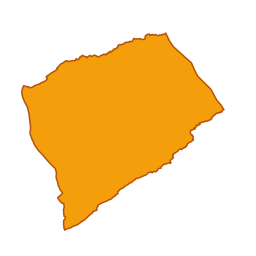 Maravia, Tete, Mozambique (Equal Earth projection), rotated 79°
{"feature_id": "85939544B82621359487865", "entity_name": "Maravia", "entity_type": "district", "adm_level": 2, "iso_a3": "MOZ", "parent_name": "Mozambique", "parent_adm1": "Tete", "projection": "equal_earth", "projection_center": [32.061, -15.024], "detail": "fine", "context": "isolated", "style": "filled", "palette": "amber", "viewbox_px": 256, "rotation_deg": 79, "n_neighbors": 0, "source": "geoboundaries", "source_scale": "gbopen_adm2", "svg_char_len": 5759}
<svg xmlns="http://www.w3.org/2000/svg" viewBox="0 0 256 256"><g transform="rotate(79 128 128)"><path d="M216.2,209.3L215.5,208.4L215.4,208.0L215.5,207.6L215.1,205.3L215.1,203.2L214.7,202.3L214.4,202.0L214.1,200.2L213.9,199.9L213.7,199.0L213.6,197.2L213.0,195.2L212.3,194.2L211.9,192.9L211.3,192.1L211.0,191.3L210.1,188.4L209.2,187.2L208.0,185.2L207.7,184.9L207.6,184.5L206.8,183.6L206.7,183.0L206.1,182.5L205.8,181.5L204.7,179.3L204.1,178.7L203.7,178.5L203.4,178.2L203.1,176.3L202.7,175.5L202.8,174.5L202.1,174.4L201.7,174.0L200.8,174.0L200.3,173.9L199.7,173.5L199.4,172.7L199.2,172.4L197.6,171.7L197.2,169.7L196.8,168.8L195.8,163.7L195.3,161.8L195.2,161.0L194.7,159.9L194.7,158.9L194.4,157.9L194.1,157.3L193.1,156.0L192.8,155.4L192.6,154.5L192.1,153.4L191.2,152.3L190.7,150.8L190.3,150.4L188.9,150.4L188.5,150.1L188.2,149.3L186.7,147.5L185.8,144.0L185.5,143.3L184.7,142.3L184.3,141.5L183.4,138.6L182.8,137.7L182.1,136.1L182.3,135.5L182.0,134.6L181.3,133.8L180.5,131.8L179.1,129.6L179.2,128.2L179.0,127.2L179.0,126.2L178.8,124.9L178.2,123.4L178.2,122.6L177.7,120.7L177.8,119.9L176.8,118.2L176.4,117.3L175.8,116.7L175.5,115.9L175.8,115.0L175.5,114.5L175.7,114.1L175.7,113.5L176.5,112.8L176.2,112.0L175.8,111.8L175.6,111.3L175.7,110.7L176.2,109.5L176.2,108.8L175.8,108.0L175.4,107.7L174.9,106.9L173.8,106.2L173.6,105.1L173.7,103.8L173.6,103.2L172.8,103.2L172.5,102.9L170.9,100.6L170.8,100.2L170.3,99.6L170.6,99.0L170.5,97.0L169.9,94.5L170.1,94.0L170.6,93.7L170.6,92.8L170.4,92.6L169.4,92.7L168.7,93.0L167.7,92.5L166.7,90.4L166.2,90.0L165.9,89.2L164.4,89.6L163.2,88.7L162.4,88.9L160.1,83.2L159.3,82.7L158.9,81.9L158.7,80.7L159.4,79.5L159.3,79.2L158.6,78.8L158.4,78.5L158.6,77.5L157.9,76.4L158.1,75.8L158.1,75.6L157.1,74.7L157.1,74.2L156.5,74.0L156.1,73.2L155.0,72.8L154.2,71.6L154.0,70.6L153.6,69.8L153.7,69.2L153.6,68.6L153.0,67.6L152.5,67.2L152.1,66.1L151.5,66.0L151.0,66.6L150.2,66.5L149.9,66.4L149.3,65.8L148.6,65.7L147.8,66.3L147.4,66.0L147.0,66.9L146.5,67.4L145.7,67.3L145.2,67.7L144.0,67.8L143.4,67.2L142.2,66.7L142.3,65.7L142.2,64.9L141.9,64.4L141.6,62.2L141.3,62.2L140.8,63.0L139.6,60.4L138.6,60.4L138.7,60.1L138.6,59.9L138.8,59.1L138.5,58.6L138.5,57.4L138.1,56.8L137.1,57.2L137.3,56.3L136.7,55.9L136.7,55.1L136.4,53.6L136.6,52.5L136.5,52.0L136.0,51.4L136.2,50.7L136.2,50.1L136.4,48.4L136.2,47.5L135.8,47.0L135.6,46.3L135.7,45.6L135.6,45.0L135.0,44.2L133.7,43.9L133.2,42.5L132.4,42.0L131.9,40.8L131.6,40.0L130.8,39.3L130.6,38.7L130.8,38.1L130.6,37.7L130.3,37.7L130.2,37.2L130.2,36.3L130.6,35.7L130.4,35.1L130.0,34.8L130.3,33.2L130.0,32.9L129.4,32.8L129.2,32.0L128.6,31.9L128.5,31.0L128.2,30.4L123.5,32.2L117.4,35.6L105.5,39.4L90.5,49.7L83.0,51.8L76.1,53.4L56.7,68.1L50.3,70.7L41.6,73.0L42.1,73.1L42.4,73.8L42.7,74.2L42.8,75.2L43.1,75.7L43.0,76.1L42.8,76.3L42.7,76.8L43.2,77.5L42.9,78.0L42.9,79.2L42.7,79.5L43.0,79.8L43.1,80.6L42.9,81.5L41.6,82.9L41.6,83.5L42.0,84.4L41.5,85.2L41.0,85.4L40.9,86.1L41.2,87.8L40.9,88.5L41.0,88.8L40.5,88.7L40.4,89.0L40.1,89.0L39.9,89.5L39.8,90.4L40.0,90.7L39.9,91.1L40.1,91.1L40.3,91.5L40.7,93.2L41.2,93.5L41.7,93.5L42.0,93.9L43.2,94.1L43.6,94.0L44.0,95.6L43.7,97.7L43.3,98.1L43.2,98.6L42.8,98.7L42.6,99.0L42.7,99.9L42.1,102.6L42.2,103.4L41.2,105.1L42.5,106.4L42.9,106.5L43.9,107.6L43.7,108.4L43.3,109.4L43.6,109.8L43.9,111.2L43.6,112.4L43.7,113.8L43.5,114.3L43.6,114.6L44.0,114.8L44.4,116.2L44.6,116.7L45.0,117.0L45.1,117.3L44.8,118.1L44.9,119.5L44.6,119.7L44.5,120.4L45.1,121.3L45.2,121.6L45.0,121.8L45.1,122.0L46.8,123.0L47.0,123.3L47.1,123.8L47.7,124.0L47.8,125.0L48.0,125.6L47.9,126.3L48.3,126.8L48.0,127.3L48.9,127.6L49.2,128.0L49.4,128.9L50.0,129.6L50.0,130.0L49.8,130.0L49.6,130.5L49.4,130.6L50.0,131.2L49.9,131.7L50.2,132.0L49.9,132.2L50.2,132.7L50.3,133.1L50.5,133.2L51.1,133.8L51.1,134.2L50.9,134.8L51.2,135.3L51.5,135.3L51.9,136.1L51.4,136.7L50.9,137.9L51.1,138.6L51.7,139.3L51.7,141.3L52.6,142.7L52.6,143.6L52.2,144.3L52.0,144.7L51.5,144.9L50.2,146.6L50.1,147.3L50.2,148.3L50.9,149.2L50.5,150.4L49.6,151.4L49.4,151.8L49.9,152.5L50.4,153.8L50.8,154.2L51.1,154.7L50.2,155.2L49.6,156.8L49.3,157.0L48.8,158.0L48.1,158.5L48.3,159.7L48.5,160.0L49.0,159.8L49.2,160.0L49.1,160.6L49.3,161.8L50.1,162.2L50.2,162.6L51.0,163.0L51.2,163.3L51.2,163.8L51.4,164.4L51.4,164.8L51.0,164.9L50.8,165.2L50.3,165.2L50.2,165.4L50.4,166.1L50.8,166.3L51.0,166.7L51.6,166.9L51.7,167.3L51.7,168.0L51.3,169.1L51.4,170.2L51.5,170.9L51.3,171.4L51.4,172.2L51.2,173.3L51.2,174.2L51.1,174.6L50.4,175.1L50.2,176.2L50.7,177.3L51.0,177.4L51.2,178.6L51.5,178.9L51.9,179.8L52.1,181.5L52.8,182.3L54.0,184.2L54.6,184.5L55.2,186.0L55.6,186.3L56.3,186.0L56.5,186.1L57.0,186.7L57.3,187.7L57.8,188.0L58.3,189.6L58.3,190.1L58.7,191.0L58.9,191.3L59.5,193.2L61.2,196.6L61.7,198.3L62.8,198.5L63.1,198.4L63.5,197.8L63.9,197.7L65.0,198.6L65.9,200.0L66.7,202.6L66.9,204.2L67.3,205.5L68.0,206.2L67.8,207.0L68.0,207.5L68.1,208.9L68.6,210.8L68.5,211.6L69.5,213.3L69.9,216.2L69.8,217.0L68.7,217.6L68.2,219.5L67.3,220.9L66.7,222.4L69.1,224.1L71.6,225.0L74.0,225.6L77.4,225.5L79.9,225.1L83.2,224.3L87.9,222.9L90.5,222.6L96.0,222.5L108.2,223.5L110.1,223.8L113.1,224.8L114.7,225.2L116.1,225.2L118.7,224.6L120.0,224.6L123.8,223.5L126.0,223.2L127.1,222.9L133.2,220.1L138.1,216.9L144.6,213.3L150.2,209.8L154.0,207.1L158.1,206.8L162.7,208.0L165.1,207.9L166.4,207.5L170.9,207.4L175.6,206.4L179.2,204.7L179.8,205.0L181.9,208.4L182.6,209.8L183.2,210.3L183.5,210.3L184.4,209.7L186.3,209.2L186.6,208.8L188.8,207.6L189.5,206.7L189.9,205.6L190.2,205.4L193.7,205.8L196.1,207.0L197.9,207.2L199.1,207.1L200.1,207.6L201.6,207.4L202.4,207.6L202.8,207.2L203.2,206.5L204.1,206.5L204.6,206.8L205.5,207.8L206.3,208.5L208.3,209.3L209.2,209.2L210.5,209.7L213.2,209.7L213.8,210.0L214.4,209.9L214.8,209.7L216.0,209.6L216.2,209.3Z" fill="#f59e0b" stroke="#b45309" stroke-width="1.5"/></g></svg>